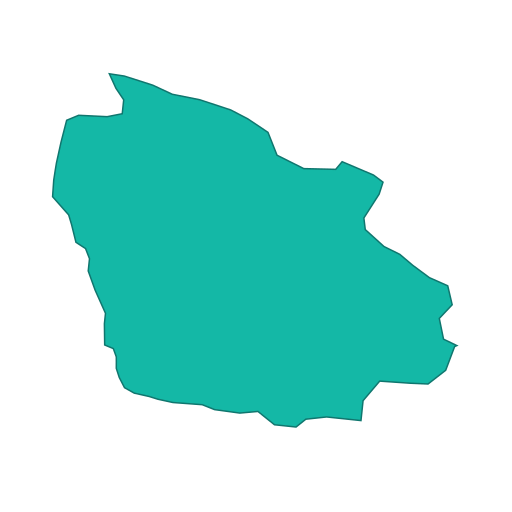 outline of Ydre, Östergötland, Sweden, rotated 6°
{"feature_id": "70781695B77319052576645", "entity_name": "Ydre", "entity_type": "district", "adm_level": 2, "iso_a3": "SWE", "parent_name": "Sweden", "parent_adm1": "Östergötland", "projection": "robinson", "projection_center": [15.27, 57.891], "detail": "fine", "context": "isolated", "style": "filled", "palette": "teal", "viewbox_px": 512, "rotation_deg": 6, "n_neighbors": 0, "source": "geoboundaries", "source_scale": "gbopen_adm2", "svg_char_len": 1025}
<svg xmlns="http://www.w3.org/2000/svg" viewBox="0 0 512 512"><g transform="rotate(6 256 256)"><path d="M465.1,324.1L451.2,319.1L444.8,298.9L456.2,284.0L449.8,265.6L430.7,259.4L412.9,248.9L398.8,239.3L382.3,233.2L361.9,218.3L359.3,206.9L372.0,181.6L374.6,169.3L364.4,163.2L331.8,153.2L326.2,161.5L294.4,164.1L266.4,153.6L255.0,131.8L233.4,120.4L215.6,113.4L183.8,106.5L155.8,103.9L135.5,96.9L106.2,90.8L91.1,90.1L99.2,103.9L108.1,114.5L108.1,128.5L93.4,133.0L64.9,134.6L53.5,140.8L50.2,163.1L47.8,184.4L47.4,191.2L46.9,201.7L47.5,218.3L65.4,234.7L69.4,244.3L75.5,261.2L85.7,266.4L90.7,276.1L90.7,288.4L99.6,306.8L112.3,328.7L112.3,339.2L114.8,360.3L123.8,363.0L127.6,370.9L128.2,376.2L128.8,382.3L132.7,391.1L139.0,400.7L149.2,405.1L164.5,406.9L173.4,408.7L188.7,410.4L218.1,409.5L230.8,413.1L256.3,413.9L274.2,410.4L292.0,421.9L313.7,421.9L322.6,413.1L343.0,408.7L377.6,408.7L377.6,388.7L392.1,367.5L422.7,366.4L440.5,365.3L456.6,349.8L463.0,325.3L465.1,324.1Z" fill="#14b8a6" stroke="#0f766e" stroke-width="1.5"/></g></svg>